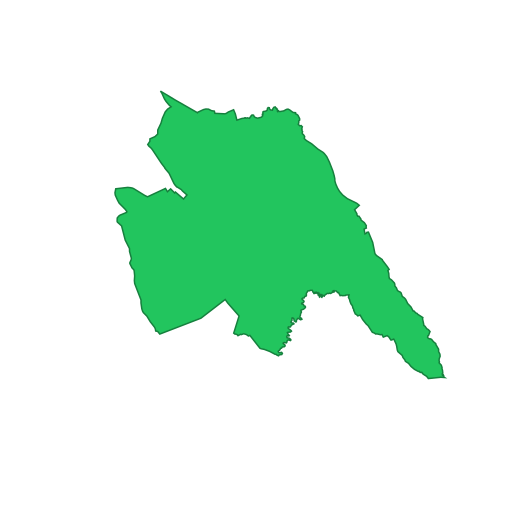 Chaloem Phra Kiat, Nakhon Ratchasima, Thailand, rotated 155°
{"feature_id": "78962969B71200223173278", "entity_name": "Chaloem Phra Kiat", "entity_type": "district", "adm_level": 2, "iso_a3": "THA", "parent_name": "Thailand", "parent_adm1": "Nakhon Ratchasima", "projection": "robinson", "projection_center": [102.265, 14.994], "detail": "fine", "context": "isolated", "style": "filled", "palette": "green", "viewbox_px": 512, "rotation_deg": 155, "n_neighbors": 0, "source": "geoboundaries", "source_scale": "gbopen_adm2", "svg_char_len": 6136}
<svg xmlns="http://www.w3.org/2000/svg" viewBox="0 0 512 512"><g transform="rotate(155 256 256)"><path d="M277.7,156.0L276.7,156.6L274.3,155.8L273.2,156.6L273.5,157.9L275.4,158.3L276.2,158.9L276.3,159.9L276.1,160.3L274.4,160.7L272.7,161.9L271.8,161.7L270.6,162.4L268.7,161.8L267.6,162.2L267.4,163.2L268.3,164.9L268.3,165.4L267.9,165.8L266.9,165.7L265.3,164.4L264.7,164.6L263.6,166.0L263.2,166.2L261.9,166.2L260.6,164.8L259.9,165.1L259.8,165.7L260.6,167.4L262.4,168.8L262.3,169.8L261.4,170.6L260.0,169.6L259.4,169.8L260.0,171.9L259.9,173.4L259.3,173.4L256.9,172.5L255.6,172.9L255.8,173.8L257.4,176.8L257.0,177.9L256.1,178.0L255.5,177.3L254.7,177.2L253.2,178.4L250.3,178.5L250.4,179.3L251.9,180.3L252.3,181.4L250.5,182.6L249.7,184.5L248.9,184.4L248.2,183.4L248.8,181.0L247.8,179.4L247.2,179.4L246.7,180.4L245.6,181.3L244.2,181.8L242.6,179.4L241.2,179.2L241.1,180.3L242.1,181.6L242.1,182.3L240.8,183.5L240.1,184.7L238.5,186.0L238.4,187.6L238.0,187.9L235.4,187.7L233.5,188.2L232.7,188.8L232.7,189.8L233.6,190.6L233.5,192.0L234.7,193.0L234.8,193.5L234.2,194.0L232.6,193.8L231.7,194.5L231.7,195.6L232.5,197.1L232.3,197.9L231.7,198.1L230.0,197.7L228.9,198.7L227.5,198.5L226.7,199.3L226.6,200.2L226.1,200.9L223.6,202.5L222.1,201.8L221.5,202.0L219.5,201.1L219.6,199.0L218.8,198.4L219.4,197.8L219.3,197.5L217.7,198.1L217.5,197.8L218.0,197.2L217.1,197.0L216.5,197.6L216.2,197.3L216.6,196.6L216.4,196.2L215.4,196.4L215.9,194.9L214.8,195.3L215.0,194.6L214.3,194.2L214.6,193.8L215.7,193.4L215.6,193.0L215.0,193.4L214.7,193.1L215.8,192.2L215.7,191.9L214.6,192.6L213.7,192.6L213.1,193.4L212.6,193.2L212.6,192.5L213.4,192.0L214.0,191.0L213.8,190.7L211.9,191.8L211.5,191.7L211.5,191.2L211.1,190.8L210.7,191.3L207.3,192.0L205.8,191.2L205.0,191.3L204.2,190.5L202.1,190.7L201.6,191.5L201.2,191.2L201.4,190.7L200.7,190.4L200.4,191.8L200.0,191.7L200.0,190.8L199.4,191.0L198.3,190.7L197.7,189.5L197.6,188.4L196.7,188.0L196.5,184.5L195.5,184.4L194.7,183.7L191.9,182.4L191.1,182.6L188.2,181.5L189.7,179.4L189.6,177.1L190.0,175.3L190.2,172.4L189.7,170.2L190.2,167.7L190.0,166.4L190.4,165.5L190.5,161.5L189.7,160.5L189.1,158.7L186.6,158.4L186.2,153.3L184.8,147.6L183.9,145.7L182.8,137.7L181.2,136.0L180.5,134.7L179.3,134.3L176.4,132.0L175.0,131.6L174.9,128.7L170.8,128.4L169.8,126.5L169.3,122.9L168.5,122.5L166.5,122.6L166.2,122.3L166.2,117.2L166.6,114.9L167.7,111.0L167.8,109.3L165.5,104.1L165.7,101.9L165.0,99.0L165.1,97.4L163.1,94.2L162.2,90.4L160.3,86.3L157.6,82.7L156.7,82.4L156.5,81.2L155.3,80.4L154.9,80.5L154.5,78.4L152.2,74.8L151.6,72.1L139.8,68.0L136.5,66.2L137.0,67.0L136.5,67.8L136.5,69.2L137.2,68.9L137.4,69.2L137.0,70.5L136.1,71.2L135.3,73.5L134.9,75.8L134.5,76.3L134.2,78.8L135.2,81.8L134.5,82.5L134.3,83.8L133.4,85.4L131.5,87.3L130.8,89.3L130.9,92.1L129.9,94.4L130.4,99.7L130.1,100.7L131.4,103.3L132.1,106.2L132.9,107.2L133.7,107.5L134.7,108.8L134.9,109.7L133.9,111.1L133.2,111.1L130.2,114.0L130.9,116.4L132.0,118.0L132.5,120.9L133.3,122.2L132.9,123.0L131.6,128.7L130.8,129.7L134.1,134.9L134.3,135.9L135.3,136.9L136.0,139.3L136.8,139.7L137.1,144.4L138.6,148.8L138.7,153.5L139.2,155.2L140.5,157.6L140.1,161.2L140.4,162.2L141.9,164.0L142.4,165.3L142.2,167.7L142.8,170.1L142.1,171.9L142.0,173.1L143.3,177.1L144.6,179.2L144.2,181.1L143.0,184.2L142.6,187.1L141.0,187.6L141.5,190.9L143.2,198.6L143.1,199.4L146.6,205.5L147.2,207.9L144.5,219.0L144.0,230.1L145.4,230.6L146.4,230.0L147.9,230.0L146.7,234.7L144.2,234.7L144.0,235.7L143.2,236.9L143.7,240.4L145.6,244.1L145.3,245.4L145.9,248.6L147.0,249.0L147.1,250.9L146.7,251.6L147.1,256.3L141.0,258.3L142.4,261.2L149.0,269.4L151.7,274.7L153.0,279.3L153.4,283.1L153.3,287.5L152.8,290.7L151.9,292.8L151.2,295.8L150.4,300.7L149.8,310.1L149.9,316.1L150.8,320.0L151.5,321.7L154.7,326.7L158.0,333.9L161.5,339.3L162.4,341.4L162.6,342.1L161.4,343.7L161.7,345.9L162.2,346.8L162.2,348.0L161.2,349.0L161.3,350.8L160.6,351.5L160.6,352.4L159.4,353.5L160.0,355.2L161.2,355.4L162.1,357.4L160.9,358.7L160.3,360.2L159.0,360.7L158.4,362.0L158.5,365.8L159.2,367.2L160.1,368.3L159.6,369.2L161.8,370.5L163.7,374.1L164.9,375.6L166.4,376.0L169.6,375.8L173.3,376.8L174.4,377.6L174.2,378.3L174.4,378.5L174.9,377.6L175.3,377.6L175.4,378.2L175.0,378.5L175.0,379.8L174.7,380.2L175.2,380.6L175.0,381.4L175.5,381.7L175.6,383.0L177.0,383.2L178.4,382.4L179.5,381.2L181.2,382.3L181.5,383.2L181.3,384.8L182.2,385.4L183.2,385.0L184.0,383.7L184.7,383.3L186.1,383.2L188.1,383.8L188.9,383.6L189.6,381.9L190.0,381.8L190.4,382.4L190.2,381.0L190.7,380.9L190.9,380.1L192.3,379.5L196.3,380.2L198.0,381.8L198.7,382.9L198.7,384.7L200.0,385.5L201.2,385.2L201.6,384.6L202.7,384.3L203.7,383.5L205.5,384.9L206.9,385.1L207.2,385.8L207.7,386.0L208.2,385.8L210.6,386.6L215.9,387.2L214.7,393.4L214.5,398.0L220.2,398.2L222.9,397.8L224.3,398.1L233.0,402.7L232.5,404.9L234.9,406.5L236.9,409.1L239.3,410.4L241.7,410.9L248.2,410.9L248.5,410.6L263.0,431.1L272.9,445.8L272.5,443.3L272.6,437.1L272.2,434.1L271.0,429.6L269.9,427.1L274.0,426.5L277.3,425.0L282.6,420.4L286.0,416.5L291.8,411.7L293.5,408.1L297.1,406.9L302.6,407.0L303.7,404.8L307.0,402.8L306.7,400.9L305.5,398.2L305.0,396.3L302.5,379.7L301.3,374.3L301.5,374.0L299.8,367.7L299.7,356.6L299.5,355.0L298.7,352.1L298.2,351.7L295.6,347.7L295.2,346.1L292.8,340.5L297.6,338.3L302.0,348.0L303.1,347.5L305.0,352.9L309.1,351.7L309.5,355.5L329.3,355.5L331.3,358.0L338.4,368.8L339.4,369.9L341.1,371.1L343.3,372.4L354.7,376.2L357.1,372.9L357.8,370.7L357.9,365.3L357.7,361.7L354.7,353.3L354.3,350.8L354.9,350.2L361.9,350.5L363.5,350.2L365.7,349.1L367.2,346.2L367.3,345.3L365.1,340.1L367.8,325.7L367.5,316.2L368.7,313.5L369.9,306.6L370.8,305.3L373.1,303.3L373.5,302.5L373.4,297.6L372.6,295.3L372.6,294.3L374.4,289.2L376.6,285.2L377.6,282.3L378.8,264.8L380.1,262.0L381.8,256.4L382.1,254.0L382.0,252.3L380.3,247.6L379.6,241.1L378.1,234.6L378.0,232.7L378.6,230.4L377.0,229.2L376.2,225.9L332.2,222.9L302.3,229.6L301.5,225.3L296.7,208.8L308.8,195.5L308.1,194.1L307.4,193.8L306.2,192.6L306.0,191.4L303.1,191.6L302.7,191.0L300.0,190.7L297.9,188.9L296.7,186.7L295.1,186.6L291.4,170.7L290.6,169.8L288.0,167.9L283.9,163.7L280.2,158.8L279.1,158.2L278.9,157.2L277.7,156.0Z" fill="#22c55e" stroke="#15803d" stroke-width="1.5"/></g></svg>